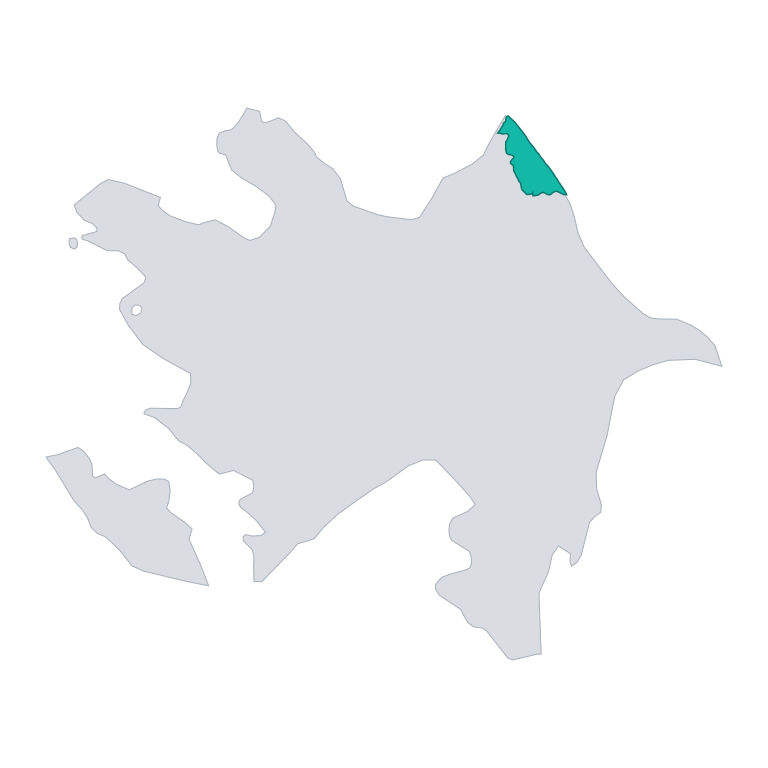 Khachmaz District, Xaçmaz, Azerbaijan (highlighted)
{"feature_id": "54616110B89497242950609", "entity_name": "Khachmaz District", "entity_type": "district", "adm_level": 2, "iso_a3": "AZE", "parent_name": "Azerbaijan", "parent_adm1": "Xaçmaz", "projection": "mercator", "projection_center": [48.762, 41.595], "detail": "fine", "context": "in_parent", "style": "filled", "palette": "teal", "viewbox_px": 768, "rotation_deg": 0, "n_neighbors": 0, "source": "geoboundaries", "source_scale": "gbopen_adm2", "svg_char_len": 4733}
<svg xmlns="http://www.w3.org/2000/svg" viewBox="0 0 768 768"><path d="M541.2,654.2L537.7,654.0L513.0,659.9L507.8,658.0L486.7,631.0L482.3,628.0L473.2,626.8L467.8,622.3L463.5,615.1L461.0,609.7L439.1,595.0L435.8,589.6L435.4,584.8L438.6,580.6L442.3,577.0L453.0,573.3L465.5,570.1L469.5,567.9L471.5,563.9L471.4,557.7L469.4,551.5L451.4,540.2L449.4,535.3L448.9,529.4L449.9,523.1L452.7,518.2L467.3,511.6L475.2,504.7L470.3,497.0L454.5,479.4L435.8,460.1L423.3,459.9L408.8,465.6L385.8,482.1L373.0,489.2L356.4,500.8L338.3,513.8L323.4,527.5L314.2,538.8L297.7,543.8L289.4,553.3L261.8,581.7L254.0,581.4L253.6,567.3L253.9,556.1L252.2,549.6L243.3,540.8L243.1,537.0L245.5,534.6L252.4,536.0L261.2,535.5L265.4,532.1L256.0,520.4L247.6,512.6L240.5,507.3L238.9,504.2L238.9,501.9L240.4,499.3L252.5,492.8L253.7,486.9L252.9,480.3L233.6,470.5L219.2,474.1L206.2,463.2L197.9,454.7L187.5,445.6L178.3,440.6L169.4,429.1L154.0,417.3L144.1,413.9L144.2,412.1L146.0,410.0L150.1,408.2L177.7,408.6L181.0,406.5L182.7,401.4L186.5,393.9L190.9,382.8L190.5,373.5L162.9,358.4L142.8,344.5L128.9,326.2L119.5,309.4L119.8,303.7L122.5,298.4L144.0,282.8L145.5,278.8L145.0,276.1L137.3,268.1L127.7,259.9L124.7,253.9L118.6,250.8L107.1,250.6L86.9,240.5L82.6,239.5L81.6,237.5L82.6,235.5L97.0,231.4L96.8,228.0L92.5,223.6L84.3,220.3L76.8,212.2L74.2,205.0L100.3,183.7L108.0,179.5L125.0,183.4L160.5,197.5L158.1,205.3L161.7,209.7L169.8,215.7L185.4,221.7L198.6,224.8L205.2,222.2L215.4,219.9L228.6,226.9L240.8,235.7L246.8,239.3L250.1,240.4L259.3,237.4L270.4,226.0L274.8,212.3L276.0,205.6L269.5,196.5L256.2,186.5L241.3,177.8L231.7,170.1L225.5,154.8L219.4,153.2L217.8,151.2L216.8,146.0L217.0,138.7L219.2,133.1L225.2,130.7L231.3,129.8L236.8,124.4L243.8,113.9L246.7,108.1L259.7,111.4L261.5,120.9L263.8,122.8L269.2,121.7L278.1,117.8L285.3,120.8L294.5,132.0L307.2,143.8L314.1,151.7L316.8,157.2L323.3,162.5L332.7,168.7L340.3,178.5L347.1,201.1L353.9,206.3L378.4,214.9L387.0,216.7L411.0,219.7L419.5,217.5L431.9,198.1L443.0,178.0L453.4,173.8L472.3,164.1L483.5,154.9L488.3,145.0L498.9,126.2L505.4,115.6L516.5,125.0L535.7,150.4L563.1,191.6L569.9,203.2L574.3,216.7L578.1,233.0L584.3,247.4L612.1,283.6L624.2,296.9L643.7,314.1L650.7,318.0L659.8,319.0L676.6,319.1L692.1,325.8L699.8,330.5L707.7,337.4L714.8,345.2L721.9,366.3L695.0,359.3L667.9,360.4L652.6,364.9L637.8,371.1L623.6,379.8L614.6,396.6L607.1,435.6L596.2,472.0L596.6,488.7L601.4,504.8L600.8,512.4L595.8,515.7L589.5,522.5L581.1,555.6L577.0,562.2L571.6,566.3L570.1,562.4L570.4,553.7L558.6,546.0L552.4,554.6L548.1,572.8L539.4,591.9L539.0,595.5L541.2,654.2ZM140.7,312.9L141.9,307.6L138.6,305.2L135.0,305.1L131.9,307.7L131.9,314.3L136.2,315.5L140.7,312.9ZM52.0,465.4L47.9,460.0L46.1,457.0L58.0,454.6L77.9,447.4L83.3,450.9L89.1,458.2L92.0,464.4L92.5,476.0L94.9,477.9L104.5,474.0L108.9,478.7L116.3,484.2L129.2,489.8L147.8,481.1L157.1,478.9L164.7,479.1L168.8,481.8L170.2,490.8L168.7,501.9L166.6,507.9L170.5,512.3L185.7,523.0L192.1,528.9L189.0,539.2L200.3,564.2L204.1,573.9L208.6,585.8L185.4,581.2L143.5,571.1L132.0,565.9L121.1,552.0L114.6,545.2L105.0,536.6L97.1,533.3L91.1,527.3L87.7,518.4L82.7,510.4L74.1,500.9L54.5,468.7L52.0,465.4ZM76.9,247.3L74.3,249.1L70.3,247.3L69.1,243.2L69.4,238.9L73.4,237.9L76.6,239.1L77.5,243.0L76.9,247.3Z" fill="#d9dde1" stroke="#a8b0b8" stroke-width="1"/><path d="M566.6,194.7L566.4,193.9L564.4,190.5L562.7,187.7L561.0,185.5L560.0,183.7L558.6,182.0L557.6,179.9L555.9,177.6L554.5,175.4L553.1,173.1L552.3,172.0L550.7,169.9L549.2,167.7L547.7,165.8L545.2,163.1L543.2,160.0L541.9,158.4L539.7,155.7L538.6,153.5L536.8,152.1L535.4,149.8L533.7,147.4L529.6,142.5L527.4,139.1L525.4,135.7L522.4,131.7L518.8,127.2L514.9,122.2L510.3,118.0L508.0,115.9L506.7,116.7L505.8,118.6L505.9,120.8L505.0,121.9L503.8,122.8L503.2,123.6L503.0,125.2L501.2,127.9L500.1,129.9L498.8,131.6L497.7,133.0L498.0,133.0L501.6,133.7L503.2,134.1L505.1,133.6L506.6,133.6L507.7,134.3L508.9,135.6L508.4,136.7L507.8,138.4L506.9,140.4L505.8,141.6L505.7,144.4L505.7,146.9L505.7,149.6L506.2,152.0L506.6,153.2L508.2,154.4L509.3,154.6L511.5,154.9L512.7,155.5L513.9,157.0L513.4,158.1L512.1,159.4L511.4,160.5L510.5,161.6L510.4,162.8L511.2,164.0L512.5,164.9L513.5,165.9L513.7,170.7L514.3,172.0L515.0,173.2L515.2,173.5L516.1,175.5L516.8,177.0L517.8,178.7L518.8,181.1L520.3,182.8L520.9,184.6L521.0,185.7L521.6,188.6L522.3,190.1L524.2,192.0L525.0,192.6L526.1,193.9L526.9,194.6L528.3,194.4L530.3,194.2L531.8,194.0L532.8,192.8L532.9,195.8L533.0,195.8L535.2,195.6L538.6,194.9L539.6,194.0L540.3,193.4L541.5,192.9L542.2,192.6L543.6,192.5L544.5,192.8L545.6,193.5L546.9,194.2L548.3,194.7L549.1,194.9L550.3,194.5L551.4,193.9L552.2,193.0L553.6,192.1L555.4,191.4L556.9,191.4L558.3,191.9L560.1,192.9L562.2,193.8L563.6,194.5L566.6,194.7Z" fill="#14b8a6" stroke="#0f766e" stroke-width="1.5"/></svg>